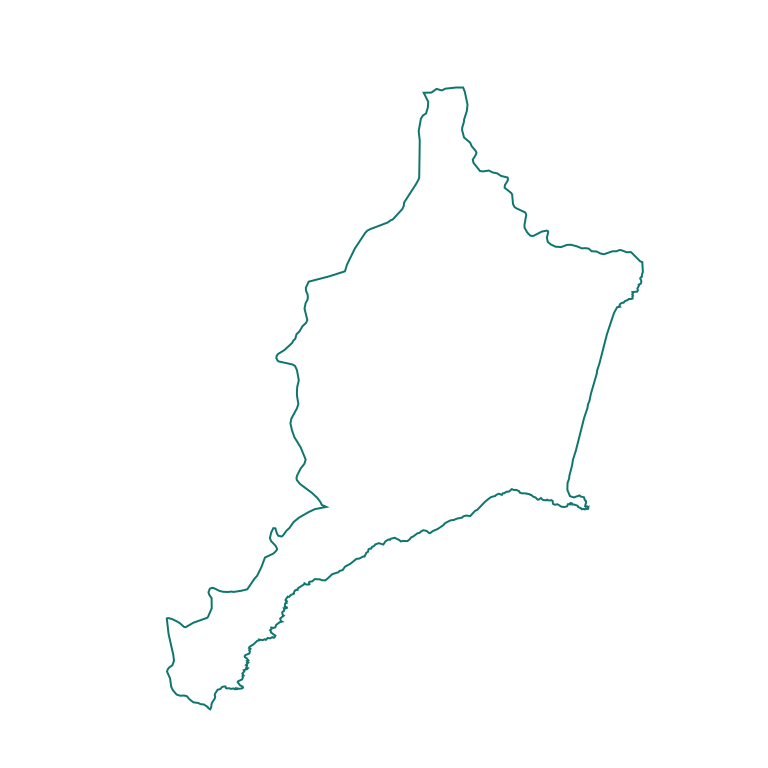 the district of Ilo, Moquegua, Peru, rotated 256°
{"feature_id": "86281439B75431659471329", "entity_name": "Ilo", "entity_type": "district", "adm_level": 2, "iso_a3": "PER", "parent_name": "Peru", "parent_adm1": "Moquegua", "projection": "orthographic", "projection_center": [-71.301, -17.537], "detail": "fine", "context": "isolated", "style": "outline", "palette": "teal", "viewbox_px": 768, "rotation_deg": 256, "n_neighbors": 0, "source": "geoboundaries", "source_scale": "gbopen_adm2", "svg_char_len": 6166}
<svg xmlns="http://www.w3.org/2000/svg" viewBox="0 0 768 768"><g transform="rotate(256 384 384)"><path d="M657.0,493.0L647.1,495.2L641.6,493.4L636.3,490.2L635.1,486.7L632.5,484.0L620.9,478.8L611.6,477.6L575.8,468.1L573.9,466.9L569.9,463.1L555.2,447.4L552.1,446.3L549.4,444.2L541.5,432.3L541.2,430.0L539.8,426.7L537.6,408.1L536.9,405.1L535.3,402.5L522.5,388.5L508.8,377.0L502.8,373.4L501.7,356.6L501.5,335.7L496.2,331.4L493.2,330.9L489.3,331.5L486.6,331.1L484.3,330.2L481.6,327.6L476.3,325.1L464.6,325.1L462.2,323.2L459.8,318.9L455.5,314.7L453.4,311.1L449.4,308.9L448.2,306.7L446.0,304.7L441.0,295.5L438.9,288.9L437.6,286.9L435.4,285.8L432.5,286.4L431.4,287.2L425.1,299.9L423.1,302.0L418.5,302.9L408.1,302.2L402.2,299.1L397.0,297.5L393.6,296.7L385.4,296.1L381.5,293.7L372.8,285.7L368.5,283.7L361.6,283.5L354.0,284.2L342.7,287.8L329.6,289.7L325.9,287.5L322.1,282.6L316.3,277.6L313.9,276.3L311.8,276.2L307.2,278.4L295.7,287.8L289.5,291.8L285.0,293.7L281.7,294.4L278.7,298.3L279.3,286.6L277.9,279.7L274.9,269.2L272.0,263.0L267.0,257.2L265.4,254.0L261.4,249.3L260.8,247.7L262.4,244.7L264.9,243.9L270.2,243.7L270.9,241.8L267.3,238.7L262.1,236.0L258.8,236.5L253.2,239.7L250.5,240.3L249.2,240.1L247.6,238.1L246.2,235.5L244.4,226.5L236.1,220.8L228.6,214.5L226.3,211.1L217.9,201.7L217.9,195.6L218.6,187.9L219.6,185.4L219.9,182.4L221.3,177.6L223.2,174.1L227.2,169.4L227.9,167.5L227.4,165.4L224.4,163.3L221.7,163.5L217.9,164.9L208.1,162.6L200.5,156.8L199.9,155.7L198.5,141.4L196.0,132.6L196.7,131.2L201.4,128.0L204.2,125.1L207.4,121.2L209.2,117.7L209.0,116.5L193.6,114.5L172.1,114.0L166.3,113.3L162.3,110.6L160.8,106.8L159.4,105.1L157.5,103.9L150.1,105.2L141.7,104.3L137.9,105.1L132.9,107.6L130.9,110.7L130.1,114.6L128.8,117.2L125.1,119.0L121.2,122.1L119.5,126.5L117.7,128.6L116.7,131.6L113.3,134.8L112.2,135.0L110.4,136.6L111.8,137.9L116.0,139.7L119.8,143.7L121.6,144.6L123.1,144.5L124.3,145.1L127.6,148.6L127.6,151.4L129.2,153.6L129.2,155.6L128.8,157.0L127.4,157.0L126.7,157.6L126.3,160.0L125.1,162.1L125.1,164.0L124.0,165.3L123.6,167.3L124.5,167.1L123.2,170.1L123.0,172.9L123.5,173.8L124.6,173.6L126.4,171.5L130.1,169.9L130.9,170.7L131.7,174.9L133.3,176.0L134.8,176.0L135.0,177.3L137.3,176.5L139.0,178.9L140.3,178.7L140.5,182.3L141.2,183.2L142.0,181.7L144.0,183.1L144.7,182.1L146.1,184.2L146.7,183.8L146.9,184.7L147.4,184.1L148.0,184.5L148.5,184.2L148.7,185.5L150.7,184.7L152.7,182.9L153.7,183.0L154.5,184.1L155.1,188.2L156.9,189.2L158.4,188.8L159.3,190.3L160.6,189.1L161.7,190.3L162.8,194.1L165.5,198.9L165.5,201.0L166.2,201.0L164.8,204.6L165.2,206.6L164.3,207.5L165.7,209.7L164.7,212.0L165.4,214.3L164.4,215.6L164.9,216.8L165.5,216.9L166.1,217.7L170.3,214.2L171.4,214.4L172.6,213.9L173.5,215.6L174.9,215.7L174.0,217.9L174.3,219.7L176.4,221.2L178.1,225.2L178.1,227.5L178.9,226.6L181.6,226.6L183.5,230.7L184.3,229.9L186.6,229.8L187.6,230.5L187.9,232.0L189.2,232.7L190.6,232.5L190.1,234.9L190.3,235.7L190.9,235.6L192.2,233.9L195.0,235.1L195.1,236.5L196.3,236.3L196.7,237.2L198.0,236.2L198.5,236.3L201.0,239.2L200.4,240.5L201.8,242.5L202.4,246.0L203.5,246.0L205.4,248.1L205.2,250.4L206.0,250.5L206.8,251.6L208.9,257.9L209.9,258.6L208.2,260.1L207.6,262.6L207.8,263.3L209.3,263.1L210.1,263.7L209.9,266.6L211.4,269.6L210.0,274.4L208.6,276.4L207.7,279.2L208.3,281.1L212.0,287.8L212.4,294.1L213.4,295.8L213.4,298.8L216.2,302.0L217.7,307.8L221.0,315.0L220.6,317.9L221.7,322.1L221.2,323.3L224.6,326.1L225.0,327.8L227.3,329.0L227.7,330.1L227.4,331.7L228.7,332.8L229.3,335.2L230.5,336.9L230.8,340.5L228.4,344.5L231.0,347.4L232.0,350.5L231.4,352.0L232.2,352.7L232.2,357.2L228.7,361.3L227.2,362.1L227.2,364.4L225.9,368.6L227.0,371.2L228.7,373.4L228.9,375.2L231.1,380.5L230.9,382.4L232.0,384.3L232.6,386.8L231.1,389.8L228.4,391.8L228.1,392.5L229.5,395.8L230.3,400.9L232.7,407.5L234.2,409.5L235.6,415.4L235.2,419.1L235.7,421.8L235.5,427.5L236.4,429.1L236.5,431.9L235.0,435.7L238.9,441.7L239.3,444.0L245.3,453.5L247.8,458.9L248.4,460.8L248.5,465.0L249.3,466.2L249.7,469.0L247.9,471.5L249.2,472.8L248.9,474.4L249.8,476.3L249.4,479.3L251.1,482.6L249.9,484.1L249.1,487.0L247.1,489.3L245.8,489.4L244.6,491.2L243.8,494.4L241.9,498.5L241.0,499.1L240.7,500.1L238.8,501.3L237.2,503.6L234.7,505.0L234.4,506.2L235.4,508.7L233.2,510.0L231.9,512.9L232.3,514.3L231.6,514.8L230.9,516.6L230.8,518.3L229.8,519.3L226.9,519.0L225.6,520.3L225.3,523.3L221.9,526.6L221.0,529.5L221.0,532.0L222.9,533.5L222.1,535.6L223.1,535.5L223.4,536.2L222.7,537.5L221.4,537.9L221.2,539.1L219.0,542.4L217.6,542.7L215.5,545.4L214.7,545.5L214.6,546.9L213.7,548.5L214.6,549.6L213.5,550.7L213.5,551.9L215.3,552.6L215.2,552.0L215.9,551.7L216.9,549.6L220.7,551.7L221.8,551.5L222.6,550.8L225.7,550.6L227.4,547.4L228.6,546.8L228.0,540.8L230.2,537.3L236.9,536.3L243.5,538.1L247.5,540.8L249.8,541.5L259.9,547.0L264.4,548.8L273.4,554.3L302.9,570.1L311.6,575.7L314.5,576.8L318.0,579.3L324.3,582.3L343.0,593.2L344.9,593.7L351.8,598.0L377.9,612.1L391.4,620.6L397.3,624.4L402.1,628.8L401.9,631.8L403.2,631.4L404.6,632.6L405.2,634.6L404.9,636.1L406.1,637.7L406.5,640.7L407.3,642.2L406.7,644.2L406.8,645.9L408.8,646.2L409.3,647.0L410.8,646.5L411.6,647.4L413.1,647.2L412.4,652.1L413.4,653.0L415.4,653.0L417.6,655.1L418.8,655.1L419.2,657.4L420.8,658.4L422.5,658.6L424.3,658.1L425.3,658.8L425.5,660.0L427.8,660.8L430.1,662.3L439.8,664.1L441.0,662.3L452.2,655.6L453.1,651.4L456.7,646.2L457.0,644.4L456.5,641.8L457.5,637.8L456.7,628.8L458.3,625.5L461.1,622.4L462.6,617.6L465.8,615.4L467.0,612.6L467.8,608.7L471.1,604.2L473.9,599.0L474.7,595.2L474.0,589.0L475.8,583.5L479.2,579.5L482.2,577.3L486.5,577.4L491.7,580.1L492.8,579.9L493.5,578.7L493.7,573.8L491.5,564.6L492.5,561.9L496.4,559.6L501.7,558.2L504.5,558.8L513.8,563.0L516.3,562.5L522.6,554.8L524.3,553.4L527.3,552.7L537.0,554.2L538.6,553.6L545.3,548.5L547.8,549.5L551.6,553.4L553.4,554.0L554.5,553.8L557.6,547.9L561.0,544.8L563.1,540.4L565.7,537.5L566.3,531.6L567.4,528.7L577.1,524.3L580.2,524.4L584.5,528.8L586.3,529.7L588.5,529.1L593.5,526.6L597.3,526.0L603.8,521.3L611.5,521.2L613.8,521.9L618.9,524.9L621.4,525.8L628.8,530.4L634.8,532.6L647.9,533.1L652.5,532.5L654.2,525.9L655.7,515.1L654.9,511.1L657.6,506.4L655.3,500.4L657.0,493.0Z" fill="none" stroke="#0f766e" stroke-width="2"/></g></svg>